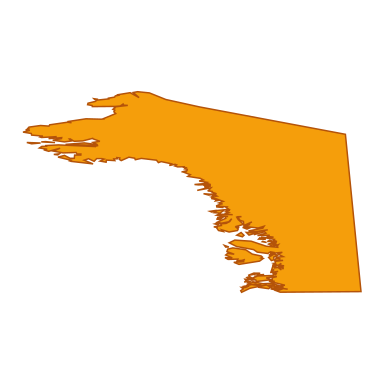 SVG path tracing the border of Qaasuitsup Kommunia
{"feature_id": "GRL-2743", "entity_name": "Qaasuitsup Kommunia", "entity_type": "state/province", "adm_level": 1, "iso_a3": "GRL", "parent_name": "Greenland", "parent_adm1": "", "projection": "natural_earth1", "projection_center": [-56.716, 74.362], "detail": "fine", "context": "isolated", "style": "filled", "palette": "amber", "viewbox_px": 384, "rotation_deg": 0, "n_neighbors": 0, "source": "natural_earth", "source_scale": "10m", "svg_char_len": 6049}
<svg xmlns="http://www.w3.org/2000/svg" viewBox="0 0 384 384"><path d="M77.0,154.0L76.1,152.5L63.0,152.9L53.4,151.1L60.1,148.2L48.7,151.3L43.7,149.8L47.2,149.2L39.4,148.0L41.8,146.4L47.4,146.2L45.1,145.6L58.3,144.9L96.0,146.6L95.0,146.3L98.2,145.5L65.5,144.4L84.3,142.9L97.6,144.7L93.0,142.4L99.9,141.3L92.6,138.7L93.3,138.2L82.7,140.9L74.1,141.3L70.2,138.9L69.3,139.0L71.3,141.0L64.4,141.9L52.7,140.2L61.5,138.6L61.7,137.6L48.6,138.7L56.7,136.6L41.6,137.5L40.3,137.1L42.9,136.1L31.6,135.1L31.3,133.5L23.0,132.1L29.9,130.3L25.7,129.9L28.6,128.7L27.9,128.3L29.0,127.1L40.6,125.5L48.9,126.1L49.7,124.8L67.6,122.2L71.5,122.8L67.4,121.6L86.0,118.8L101.2,119.2L104.8,118.8L103.5,118.6L115.7,113.6L113.9,111.8L114.8,110.2L112.9,109.3L114.9,107.9L114.0,107.0L127.8,105.4L123.7,105.2L123.1,104.0L120.2,106.0L115.3,106.4L92.3,106.6L92.1,105.5L87.6,104.7L88.0,103.2L95.7,101.3L96.2,100.2L109.6,98.8L107.7,98.3L114.6,97.1L115.3,95.9L118.6,95.3L117.9,94.7L130.1,92.7L139.1,97.6L133.2,92.5L137.5,91.7L149.4,92.9L165.8,99.5L199.4,106.9L345.4,134.3L361.0,291.6L280.2,292.2L276.2,290.7L279.5,290.0L283.4,288.6L287.7,289.2L283.3,288.5L274.5,290.4L275.8,289.8L270.6,288.9L274.5,288.8L283.5,286.9L277.1,285.8L275.8,286.7L278.8,286.8L272.4,288.2L269.9,286.2L274.7,286.2L273.9,284.7L267.4,285.5L270.5,287.2L268.7,288.7L258.0,287.2L266.9,284.8L249.9,288.3L241.6,292.3L240.7,290.7L243.3,288.9L241.4,287.4L246.5,287.5L243.9,286.3L245.2,286.0L246.0,286.9L247.6,287.0L246.3,286.7L249.2,286.2L246.0,285.8L251.2,284.7L246.6,284.0L259.6,285.6L261.4,284.8L252.8,284.6L247.8,282.4L248.4,281.6L244.1,282.0L246.0,281.5L248.3,281.3L256.6,283.3L252.2,281.6L262.9,283.7L271.7,283.3L279.8,285.9L284.9,285.2L268.9,281.2L274.8,281.4L269.5,280.4L272.3,279.7L272.1,277.8L276.8,276.6L275.9,276.4L266.2,277.9L271.4,279.7L256.5,281.5L255.7,279.8L250.5,280.2L254.7,278.8L245.5,280.1L244.9,279.2L248.6,279.4L257.1,276.3L254.3,276.1L272.2,275.5L273.6,275.2L273.0,273.3L275.7,274.6L276.3,273.6L274.0,272.8L278.1,271.3L270.3,272.6L274.2,269.6L271.5,270.4L272.7,266.5L276.7,266.7L273.8,268.0L278.1,267.5L281.4,270.0L279.9,268.5L282.2,267.6L283.2,269.2L283.1,267.5L277.4,266.6L284.1,265.8L280.0,265.3L281.2,263.3L278.5,265.2L272.2,265.3L275.2,264.1L273.7,263.4L275.5,263.2L275.1,261.4L283.1,260.4L274.9,260.6L276.0,258.4L280.5,259.1L275.7,257.3L283.1,256.6L278.1,254.1L282.3,252.3L270.0,253.5L274.8,252.6L270.4,251.8L267.8,253.5L257.2,252.1L253.6,249.6L236.6,246.5L229.2,242.8L234.8,240.1L251.2,241.2L266.2,246.2L278.5,247.4L276.7,246.7L278.4,244.6L272.9,246.3L268.6,244.1L270.4,243.2L274.1,245.0L275.9,244.5L273.1,243.0L276.8,242.8L271.5,242.7L271.7,241.1L267.3,241.6L269.6,240.3L274.8,241.7L277.0,241.5L273.6,240.3L274.4,239.4L261.0,237.1L270.0,238.0L273.5,237.1L266.6,236.3L269.7,235.2L257.5,235.5L266.0,233.2L264.6,231.8L253.8,234.7L257.3,233.2L257.3,231.8L267.8,229.8L255.2,231.7L248.5,230.9L262.8,228.2L264.1,226.2L258.2,228.0L245.1,226.5L249.5,224.6L249.3,223.4L251.9,221.9L243.9,225.5L243.4,221.4L239.8,220.2L238.0,217.0L241.5,216.6L237.7,216.7L236.7,217.1L238.2,219.6L243.5,224.4L237.4,226.1L239.2,227.6L235.2,226.5L238.2,229.0L237.5,230.5L229.1,232.0L221.7,229.8L223.2,231.5L218.5,230.5L216.5,227.7L217.8,227.6L213.8,226.9L221.4,225.5L220.6,223.9L226.2,223.4L229.7,221.6L231.7,218.7L228.7,221.8L221.3,223.2L217.3,222.2L225.8,218.3L225.0,216.6L228.1,216.5L216.7,215.2L219.0,214.1L232.7,214.7L224.2,214.1L228.6,212.6L225.7,211.8L229.9,210.2L225.2,210.1L229.0,209.4L226.1,207.4L226.8,206.9L216.1,205.9L220.3,204.2L219.2,204.0L222.6,204.0L218.9,202.9L223.2,201.4L211.7,197.1L214.3,196.6L212.0,196.5L212.9,195.4L215.6,196.3L217.0,196.1L213.1,194.0L216.6,193.8L211.0,191.7L212.8,191.5L207.7,190.9L210.2,190.1L208.8,190.1L211.0,187.8L197.2,190.4L209.0,187.4L204.2,186.8L210.9,186.1L203.3,185.2L210.8,184.6L205.5,182.9L207.0,182.3L199.1,181.0L203.3,179.9L200.2,178.3L187.8,176.4L190.3,174.7L184.5,172.5L186.7,171.2L181.5,172.0L187.1,170.6L187.3,169.3L184.7,168.9L186.0,167.7L182.8,167.2L184.9,166.7L177.7,166.9L174.9,166.0L176.6,164.9L175.1,164.3L169.4,165.5L171.5,163.8L161.2,161.6L158.4,162.6L156.5,160.2L141.3,158.4L135.3,159.7L134.7,158.2L128.9,157.2L121.2,160.6L119.5,159.5L119.8,157.9L116.9,157.6L117.4,158.8L113.8,158.9L114.8,160.6L106.4,160.1L106.1,162.2L100.1,161.1L104.1,159.1L102.0,158.6L96.7,158.6L94.1,161.3L88.5,158.7L84.1,160.2L93.1,163.9L71.2,161.4L69.7,160.9L70.9,160.2L58.0,157.1L64.5,155.4L70.1,158.3L74.3,158.3L74.6,155.1L80.8,155.1L80.9,154.0L77.0,154.0ZM259.6,261.1L239.0,264.4L233.8,262.3L244.3,261.7L242.2,261.1L244.9,259.4L239.3,261.4L240.3,260.5L237.1,260.7L237.9,259.1L228.1,259.4L225.0,257.6L232.3,257.9L225.7,255.0L227.7,253.4L234.2,254.2L226.9,251.6L227.7,249.1L232.9,247.9L245.7,249.8L252.3,254.1L261.2,256.0L262.3,257.0L260.9,258.0L263.2,258.5L259.6,261.1ZM270.5,254.3L275.5,254.5L277.3,255.5L273.7,257.1L274.0,259.8L271.4,260.6L268.6,257.4L273.1,254.7L268.8,255.2L270.5,254.3ZM256.5,232.8L249.0,235.1L246.3,232.4L256.5,232.8ZM242.4,236.8L236.8,235.2L241.1,232.5L244.0,235.3L242.4,236.8ZM26.8,142.5L40.6,143.0L31.6,143.8L26.8,142.5ZM220.0,213.1L214.4,212.7L217.2,210.5L224.7,209.7L220.0,213.1ZM45.7,141.6L55.0,142.6L41.2,141.9L45.7,141.6ZM224.2,216.3L220.0,219.5L216.4,219.2L219.3,218.0L217.1,217.5L224.2,216.3ZM247.0,229.1L242.6,227.4L251.1,227.3L247.0,229.1ZM213.0,194.4L208.8,195.1L203.5,193.7L213.0,194.4ZM260.2,273.2L256.6,273.9L248.1,275.4L253.8,273.1L260.2,273.2ZM259.8,237.8L265.8,239.3L258.6,239.1L259.8,237.8ZM206.5,184.6L198.6,184.9L194.5,184.5L204.2,183.6L206.5,184.6ZM216.2,206.9L218.2,206.1L223.5,207.6L216.2,206.9ZM216.8,210.3L211.9,212.1L209.9,211.3L216.8,210.3ZM59.3,153.8L57.8,154.9L53.8,154.4L59.3,153.8ZM214.9,223.9L217.8,223.1L219.6,223.7L217.9,224.8L214.9,223.9ZM246.9,277.5L249.7,276.6L251.4,277.7L248.5,278.7L246.9,277.5ZM211.2,198.5L213.1,198.3L218.7,200.4L215.4,201.0L216.4,199.6L211.2,198.5ZM228.9,247.0L225.7,247.1L224.4,245.4L228.9,247.0ZM256.6,275.1L264.1,274.5L260.4,275.5L256.6,275.1ZM98.1,99.3L94.6,99.4L93.9,98.7L98.1,99.3ZM262.8,241.3L266.6,242.5L262.3,241.7L262.8,241.3Z" fill="#f59e0b" stroke="#b45309" stroke-width="1.5"/></svg>